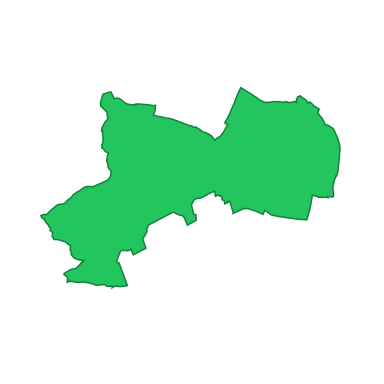 Secuieni, Bacau, Romania (Robinson projection), rotated 109°
{"feature_id": "2599482B43684925441609", "entity_name": "Secuieni", "entity_type": "district", "adm_level": 2, "iso_a3": "ROU", "parent_name": "Romania", "parent_adm1": "Bacau", "projection": "robinson", "projection_center": [27.105, 46.648], "detail": "fine", "context": "isolated", "style": "filled", "palette": "green", "viewbox_px": 384, "rotation_deg": 109, "n_neighbors": 0, "source": "geoboundaries", "source_scale": "gbopen_adm2", "svg_char_len": 6026}
<svg xmlns="http://www.w3.org/2000/svg" viewBox="0 0 384 384"><g transform="rotate(109 192 192)"><path d="M263.4,327.3L265.1,325.8L265.4,325.5L265.5,325.1L265.3,324.3L265.4,324.0L265.9,323.5L265.9,322.5L266.4,322.0L267.0,321.7L267.4,321.1L268.4,320.3L268.5,319.9L269.9,317.5L270.0,316.9L270.9,316.0L271.7,315.5L271.7,314.7L271.9,314.3L272.2,314.1L273.2,313.8L273.8,313.9L274.6,313.6L274.8,313.2L274.8,312.5L275.3,311.7L275.4,311.2L275.9,310.4L276.3,310.2L277.4,310.2L279.1,309.9L280.1,309.2L280.4,308.2L281.4,307.7L281.7,307.2L281.7,306.5L281.4,305.2L280.6,302.9L280.6,302.3L280.6,300.5L280.7,299.6L280.4,296.4L280.5,295.0L281.0,293.5L281.8,292.3L281.7,291.2L282.0,290.4L283.0,288.8L284.2,288.9L286.3,288.4L287.1,287.5L287.9,287.0L288.5,286.4L289.5,286.1L290.2,285.6L290.5,285.7L292.3,283.0L292.9,281.2L293.0,277.5L292.8,275.8L292.5,275.8L292.5,274.7L292.4,273.9L291.7,271.8L292.2,271.7L292.9,272.0L293.1,272.5L293.1,272.9L293.4,272.8L295.4,273.9L295.9,274.0L295.8,273.7L301.3,276.5L302.1,277.1L302.9,278.1L303.9,280.2L304.4,281.0L309.5,285.5L310.6,286.3L311.4,286.3L311.8,286.1L312.0,285.8L312.6,282.9L313.0,282.3L313.6,281.8L314.7,281.3L316.7,280.8L317.9,280.9L318.1,280.7L317.6,280.3L316.0,279.8L316.1,279.6L316.8,279.5L316.0,277.4L315.5,275.3L315.2,274.7L315.1,274.1L315.3,273.1L314.8,270.5L313.0,266.8L312.7,265.4L312.3,264.3L312.1,262.9L311.2,258.2L311.3,251.4L310.4,249.7L309.5,248.5L308.8,246.2L308.0,244.9L308.2,243.8L308.8,242.7L308.5,240.9L307.0,236.5L308.5,236.4L306.8,234.9L306.0,233.6L305.5,232.3L305.1,230.0L304.6,228.6L303.3,226.3L302.8,224.7L301.5,222.7L294.7,228.1L282.5,238.2L283.0,239.2L282.4,240.8L272.2,240.4L271.1,240.3L270.6,239.9L270.0,239.1L269.2,236.7L268.8,234.6L268.5,233.6L267.2,231.9L265.7,231.4L270.5,227.0L262.9,219.9L260.2,217.2L253.2,222.7L252.6,223.4L251.0,222.8L249.7,222.8L248.8,222.3L244.9,221.8L243.7,221.8L243.4,221.9L243.0,222.6L237.8,222.4L237.2,222.1L236.1,221.1L218.7,204.8L218.0,203.9L217.2,202.6L217.0,202.1L217.5,200.9L217.9,197.6L217.8,195.2L217.6,194.2L217.7,193.7L217.7,192.3L218.7,191.3L219.1,190.6L222.5,187.7L224.1,186.1L224.9,185.6L218.3,179.6L217.3,178.8L216.9,178.9L213.4,180.5L212.2,180.9L212.5,183.0L204.9,188.1L203.1,188.2L199.4,187.6L197.6,186.7L196.8,185.6L194.9,181.9L190.4,177.3L189.5,176.6L188.7,176.3L184.1,171.2L183.9,170.8L184.1,170.7L188.5,168.5L188.1,167.9L187.6,168.0L186.2,166.2L185.9,166.1L186.4,165.1L186.9,164.7L187.0,164.5L186.1,162.8L186.3,162.5L187.1,162.0L189.5,161.1L189.7,160.7L189.5,159.3L189.6,158.8L192.6,157.1L191.5,156.0L190.8,155.7L190.3,154.5L190.1,154.5L189.3,155.1L188.7,154.1L188.5,153.5L188.4,153.4L197.9,146.4L198.3,146.2L198.9,146.2L194.0,140.9L190.4,137.3L190.7,136.6L189.9,134.9L189.5,134.5L189.3,125.6L190.0,117.5L186.5,117.2L185.5,117.3L187.7,110.3L187.8,109.3L187.8,108.2L186.9,101.8L184.9,91.2L184.7,90.8L184.4,89.0L183.8,85.6L183.2,82.6L181.5,76.6L181.1,74.4L176.9,74.5L168.6,75.1L155.8,77.1L155.5,71.6L155.8,71.2L155.8,70.7L155.5,70.4L155.5,69.4L155.3,68.6L154.2,66.2L153.3,63.5L152.8,62.8L153.2,62.1L153.2,61.5L152.3,61.7L151.4,59.3L151.4,58.7L150.8,57.3L150.3,56.7L148.3,57.4L146.0,58.4L143.6,59.6L140.9,60.5L139.7,60.8L138.0,60.8L134.2,61.4L133.1,61.1L131.0,61.0L130.3,61.2L130.4,60.8L129.3,60.6L125.2,60.8L111.3,63.9L108.3,64.9L104.4,65.7L100.2,67.3L93.7,71.8L86.1,79.0L84.6,85.2L84.8,88.2L82.0,90.8L79.9,93.2L77.0,97.7L76.0,99.0L72.2,98.7L70.9,104.5L68.5,109.6L68.9,110.1L69.6,110.6L70.2,111.3L69.7,112.0L69.3,112.1L68.9,112.4L68.2,113.8L67.7,115.0L65.9,121.1L67.5,123.1L71.0,123.2L72.8,122.9L73.1,122.6L73.0,123.1L73.0,123.6L73.6,125.3L74.8,127.2L75.8,129.1L75.8,130.1L75.9,130.6L75.8,132.5L76.2,133.1L77.3,134.2L77.4,134.6L78.0,137.4L78.2,138.7L80.1,144.7L81.8,147.6L82.4,149.0L82.4,149.6L82.8,150.0L83.5,151.8L83.2,157.0L82.8,158.4L82.3,159.7L82.2,160.5L81.6,162.0L81.2,164.0L80.1,167.8L79.8,168.8L79.7,170.3L77.9,177.3L77.6,179.0L77.6,180.0L87.4,180.8L94.4,181.0L102.8,181.8L104.0,181.7L109.7,182.4L116.0,183.5L116.5,181.8L116.7,180.2L127.2,182.2L127.3,182.5L127.6,182.7L127.9,182.8L128.1,182.6L128.6,182.7L130.1,183.5L131.3,184.5L131.8,184.6L133.3,186.1L135.7,187.3L133.7,190.0L132.4,192.5L131.8,194.8L131.4,198.2L131.6,202.1L131.4,203.0L131.0,203.0L130.7,203.7L129.9,207.1L129.6,207.9L129.4,209.6L129.4,210.1L130.0,210.2L130.1,212.1L130.0,212.9L129.8,212.9L129.6,214.0L129.9,215.1L130.1,217.4L129.7,226.3L129.8,226.6L129.7,227.5L129.8,227.9L129.6,229.3L129.7,231.3L129.5,232.1L129.6,235.5L129.8,237.8L130.5,240.4L130.7,242.0L130.9,245.7L131.3,247.1L131.5,248.4L132.0,253.6L126.6,253.4L122.0,254.8L123.0,257.0L123.8,261.9L126.3,271.8L127.9,273.5L127.1,273.8L127.8,274.5L128.7,275.8L129.3,278.0L129.8,280.9L129.8,282.3L129.7,283.8L129.4,284.9L128.8,286.3L128.0,289.1L127.3,290.5L127.3,293.3L128.4,294.4L128.7,294.9L128.8,295.5L128.7,296.2L128.2,296.8L124.2,300.7L123.9,301.9L126.1,304.8L126.9,305.6L127.6,306.9L128.4,307.9L128.9,307.8L129.9,308.0L130.6,308.0L136.8,307.7L138.2,307.3L138.7,307.1L139.6,306.3L140.6,306.2L140.8,306.1L140.8,304.5L141.0,304.3L141.3,304.2L141.9,303.4L144.0,298.7L144.3,298.4L147.9,296.8L148.8,296.2L149.2,295.7L149.6,295.5L150.4,295.4L151.2,295.7L152.6,296.3L153.7,297.0L154.5,296.9L156.6,297.5L158.0,297.5L159.9,298.0L162.5,297.8L162.8,297.7L162.9,297.1L164.0,297.3L164.2,297.2L164.3,297.0L164.1,296.1L164.2,295.8L164.7,295.5L165.5,295.3L167.0,295.3L168.5,294.3L169.7,293.7L173.4,292.6L175.4,292.5L177.2,292.7L177.6,292.1L178.2,291.8L179.8,291.5L179.8,290.6L180.0,290.1L181.4,288.1L182.1,286.4L182.3,285.5L182.0,284.2L182.2,283.9L182.9,283.7L185.3,283.8L190.5,282.8L191.7,281.6L193.5,280.5L196.2,279.3L198.2,276.0L199.0,275.2L199.8,274.9L201.2,274.5L204.2,274.2L208.4,275.7L218.6,286.7L219.4,287.7L219.8,289.9L220.4,291.2L221.1,293.2L221.9,294.4L223.8,296.3L226.3,297.9L230.0,301.1L232.9,303.0L233.5,303.6L234.7,303.7L237.1,304.8L238.2,305.4L238.6,305.9L240.6,307.2L243.3,308.1L245.8,310.9L247.0,313.7L248.5,315.5L249.1,315.9L250.8,316.8L252.8,318.1L254.0,318.7L257.8,320.9L259.5,321.5L260.8,322.3L261.6,325.1L263.4,327.3Z" fill="#22c55e" stroke="#15803d" stroke-width="1.5"/></g></svg>